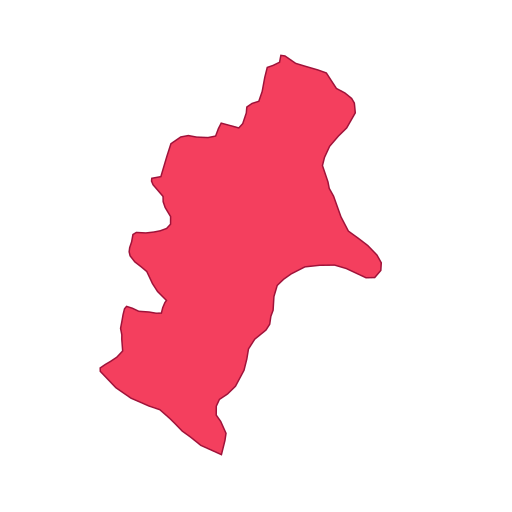 Kota Bharu, Kelantan, Malaysia, rotated 194°
{"feature_id": "92858781B26165935379781", "entity_name": "Kota Bharu", "entity_type": "district", "adm_level": 2, "iso_a3": "MYS", "parent_name": "Malaysia", "parent_adm1": "Kelantan", "projection": "mercator", "projection_center": [102.27, 6.05], "detail": "fine", "context": "isolated", "style": "filled", "palette": "rose", "viewbox_px": 512, "rotation_deg": 194, "n_neighbors": 0, "source": "geoboundaries", "source_scale": "gbopen_adm2", "svg_char_len": 1764}
<svg xmlns="http://www.w3.org/2000/svg" viewBox="0 0 512 512"><g transform="rotate(194 256 256)"><path d="M226.3,207.5L228.8,221.0L228.3,232.6L223.6,240.1L217.6,247.1L205.9,257.3L192.0,262.4L177.5,266.2L165.4,265.7L144.0,261.5L135.6,263.8L131.4,272.2L132.8,279.7L138.9,286.2L150.1,293.2L159.8,297.4L172.4,302.5L183.1,314.6L195.2,332.8L201.3,339.3L204.1,345.3L213.4,359.8L213.4,368.2L211.1,380.3L205.0,392.4L199.0,402.2L194.3,418.9L196.6,425.5L197.6,428.2L201.3,432.0L209.2,435.7L218.5,438.0L225.5,444.5L232.0,450.6L240.9,451.5L253.9,452.0L264.1,452.5L276.3,457.1L280.4,456.7L280.0,449.7L285.6,445.0L290.7,441.7L290.7,431.5L289.8,417.1L290.7,406.8L296.7,403.1L300.9,398.4L300.8,397.4L300.0,392.4L300.9,381.2L303.7,376.1L321.9,376.5L323.3,370.5L324.2,362.6L331.2,359.3L342.4,357.0L350.8,356.5L357.8,353.3L365.7,344.4L366.6,330.9L367.5,310.0L375.9,306.2L375.5,303.4L373.1,300.2L365.2,294.6L360.6,291.3L359.2,286.2L355.9,281.1L348.4,273.6L346.6,266.2L349.4,261.1L355.0,257.3L361.0,254.5L368.5,251.7L377.8,249.9L380.6,247.1L380.1,239.6L380.6,233.6L380.1,229.4L378.2,225.7L372.2,221.0L364.7,217.7L358.2,214.5L354.0,209.4L349.8,204.2L342.9,197.7L332.1,191.2L333.1,188.9L334.0,183.3L334.0,177.7L339.1,176.3L346.1,175.8L356.4,174.0L363.3,175.4L369.4,175.8L370.8,173.0L370.8,167.0L370.3,160.0L369.9,153.0L367.1,147.0L366.1,142.8L362.4,131.6L366.6,124.1L371.7,118.5L375.9,114.4L380.1,109.7L379.2,106.4L360.1,94.3L354.0,92.0L342.9,87.8L323.3,84.5L312.1,83.6L300.5,77.6L294.9,74.3L285.1,68.2L275.8,64.5L263.7,58.9L241.5,54.9L241.5,69.4L242.2,76.7L250.2,86.9L256.1,92.0L258.2,100.7L256.8,108.0L250.2,115.3L244.4,124.7L240.0,142.2L240.0,153.8L240.8,164.0L237.1,175.0L228.4,186.6L226.2,193.1L227.0,201.1L226.3,207.5Z" fill="#f43f5e" stroke="#9f1239" stroke-width="1.5"/></g></svg>